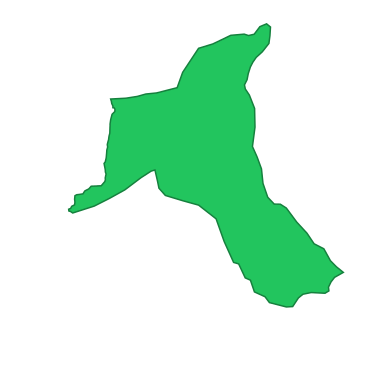 outline of Koui, Ouham-Pendé, Central African Republic, rotated 343°
{"feature_id": "33826404B71934397264584", "entity_name": "Koui", "entity_type": "district", "adm_level": 2, "iso_a3": "CAF", "parent_name": "Central African Republic", "parent_adm1": "Ouham-Pendé", "projection": "orthographic", "projection_center": [15.242, 6.674], "detail": "fine", "context": "isolated", "style": "filled", "palette": "green", "viewbox_px": 384, "rotation_deg": 343, "n_neighbors": 0, "source": "geoboundaries", "source_scale": "gbopen_adm2", "svg_char_len": 1867}
<svg xmlns="http://www.w3.org/2000/svg" viewBox="0 0 384 384"><g transform="rotate(343 192 192)"><path d="M313.2,313.1L308.2,305.7L304.3,298.2L301.5,284.9L293.6,277.2L289.9,265.0L283.4,251.5L277.5,234.9L272.9,229.5L267.1,227.6L262.9,219.2L262.4,204.5L265.2,190.2L264.5,177.6L263.1,166.2L271.2,148.4L276.3,130.4L275.2,116.1L273.1,109.1L273.5,104.9L277.5,100.7L280.5,95.1L284.4,89.5L288.1,85.7L292.8,82.0L300.2,78.5L309.0,72.4L312.2,65.4L315.3,57.2L312.5,53.0L305.3,53.7L297.6,59.3L291.8,58.9L288.1,56.3L274.9,53.5L255.2,56.5L240.3,56.5L218.1,74.8L208.3,87.9L187.0,86.9L176.5,84.8L167.7,84.6L156.3,83.0L141.4,79.3L141.4,81.8L141.1,84.0L141.5,86.6L141.0,88.3L142.3,88.9L142.5,90.4L141.7,92.5L138.3,94.3L135.4,99.0L133.5,103.1L133.1,104.5L132.4,106.4L132.1,107.3L130.6,111.7L129.0,114.3L128.2,116.0L127.4,117.8L126.4,119.2L126.3,119.5L125.9,120.1L125.5,120.7L124.8,122.0L124.5,124.3L122.8,127.0L121.7,129.9L120.2,133.6L119.8,134.5L117.8,137.9L116.5,138.8L116.3,138.9L116.0,141.1L115.8,143.3L115.5,145.6L115.0,147.6L115.1,149.7L114.0,151.5L113.9,151.8L113.1,153.2L112.8,154.8L111.7,156.5L109.2,158.1L107.0,159.5L106.5,159.4L106.2,159.3L103.6,158.6L103.4,158.6L102.2,158.3L97.3,157.0L94.3,158.8L92.4,159.2L92.1,159.2L91.5,159.3L89.7,159.7L87.2,161.9L83.7,161.4L81.0,160.9L79.0,161.3L77.6,164.6L77.1,167.4L76.1,169.6L75.9,170.0L75.7,170.0L72.8,170.5L72.5,170.8L72.3,171.0L71.2,172.2L69.0,172.4L68.7,174.2L70.1,175.1L71.8,177.2L94.4,176.9L111.1,174.0L128.5,170.3L147.4,163.4L159.0,160.1L163.0,160.1L162.2,171.4L161.5,178.7L165.5,187.5L180.7,197.7L194.5,206.5L207.2,224.7L208.3,248.8L211.2,271.5L215.6,274.4L217.8,289.7L222.1,293.4L222.5,305.8L231.2,313.5L233.7,320.4L248.6,329.5L254.8,331.0L262.8,324.4L268.2,322.2L276.6,323.0L284.6,325.9L289.6,327.7L294.0,326.6L294.7,322.9L298.7,318.6L303.4,315.3L313.2,313.1Z" fill="#22c55e" stroke="#15803d" stroke-width="1.5"/></g></svg>